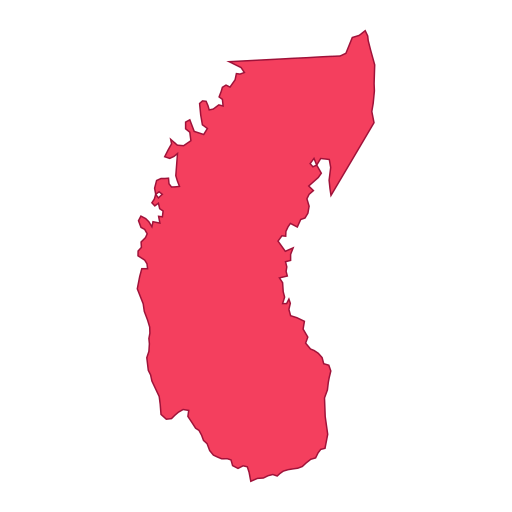 outline of Marmeleiro, Paraná, Brazil
{"feature_id": "56859067B94130308653150", "entity_name": "Marmeleiro", "entity_type": "district", "adm_level": 2, "iso_a3": "BRA", "parent_name": "Brazil", "parent_adm1": "Paraná", "projection": "equal_earth", "projection_center": [-53.099, -26.246], "detail": "fine", "context": "isolated", "style": "filled", "palette": "rose", "viewbox_px": 512, "rotation_deg": 0, "n_neighbors": 0, "source": "geoboundaries", "source_scale": "gbopen_adm2", "svg_char_len": 2920}
<svg xmlns="http://www.w3.org/2000/svg" viewBox="0 0 512 512"><path d="M155.7,194.3L154.3,199.1L151.9,202.8L154.8,205.9L158.4,203.2L159.7,208.7L163.1,211.0L162.4,216.8L158.6,216.3L159.9,223.1L153.0,221.7L151.9,226.8L148.8,221.7L145.7,218.6L140.9,216.1L138.5,220.7L141.0,227.4L144.7,229.4L147.2,233.8L145.5,237.6L141.1,242.0L141.4,247.4L138.1,251.0L138.0,255.8L144.7,260.1L147.0,263.8L147.6,268.7L141.8,268.7L139.7,276.5L137.3,288.8L143.2,303.8L144.3,311.4L147.6,320.1L149.7,327.1L149.9,333.2L148.9,338.5L149.4,343.9L148.9,351.4L146.8,357.7L148.3,370.3L150.6,374.9L151.9,381.0L159.2,396.5L160.2,404.2L161.0,414.4L166.3,419.2L171.5,418.6L174.9,415.2L178.4,412.2L183.1,409.5L188.7,410.4L187.9,416.4L192.2,422.9L195.6,428.2L199.0,430.4L201.6,435.2L203.5,440.4L207.1,443.7L209.7,450.6L213.4,455.1L217.4,457.0L221.7,458.8L227.3,458.7L231.0,459.9L232.6,465.6L238.0,468.4L243.1,465.8L247.3,466.8L249.1,472.3L250.8,481.3L257.4,478.4L263.4,478.0L268.1,475.7L272.8,474.5L277.2,476.0L279.9,473.5L283.3,471.1L288.0,469.7L292.8,468.9L297.8,468.2L302.3,466.5L306.2,462.9L310.7,459.3L315.6,457.9L318.1,452.8L320.7,449.4L325.0,448.3L327.7,434.3L325.2,416.6L324.5,397.9L327.4,390.0L328.3,382.4L329.2,377.6L330.8,371.0L328.8,365.2L323.7,363.7L322.1,357.6L318.3,353.3L314.1,350.5L310.5,349.0L305.6,343.1L307.8,337.1L303.1,329.1L304.4,321.3L296.9,317.7L290.6,315.7L288.9,309.4L290.3,303.3L288.9,299.1L286.6,303.6L282.6,303.6L284.6,297.1L283.2,291.7L282.6,282.7L279.4,277.9L287.3,276.0L286.1,271.4L286.8,266.9L285.5,261.7L290.6,260.4L290.6,254.4L293.1,247.9L285.3,251.3L278.0,241.1L281.9,235.8L285.7,236.2L285.9,231.4L288.1,226.7L290.4,223.4L297.3,227.0L300.7,219.5L305.0,218.0L307.9,213.2L309.1,206.2L306.9,198.8L309.1,194.3L313.4,190.6L308.7,186.0L318.3,177.5L321.3,173.2L316.7,165.1L320.7,158.5L325.5,159.0L329.3,159.5L330.7,167.5L329.1,180.2L330.0,188.7L331.0,195.4L351.5,160.8L374.0,122.7L371.8,111.5L373.2,103.2L374.4,90.9L374.1,83.6L374.4,74.1L374.7,64.9L370.6,50.1L368.2,40.6L367.7,36.0L365.2,30.7L359.2,35.4L352.3,37.5L349.6,44.2L347.5,49.4L345.9,53.3L340.1,56.0L333.6,56.3L330.1,56.4L323.8,56.7L316.7,57.1L307.0,57.7L291.3,58.4L282.8,58.9L255.8,60.3L229.2,61.7L241.1,67.6L244.4,72.5L240.0,74.1L236.4,73.6L235.1,79.8L230.0,87.1L226.0,85.1L222.4,87.3L221.2,91.4L219.1,96.9L222.4,99.4L223.1,106.0L218.8,104.9L213.2,109.1L209.2,109.9L208.0,105.7L206.1,101.3L202.5,100.9L199.6,103.5L200.7,114.9L202.4,124.8L207.4,128.5L203.7,134.5L194.2,131.4L189.8,119.8L185.6,122.1L185.6,128.8L189.8,132.2L190.9,140.7L183.6,145.7L177.4,145.2L170.7,139.4L171.6,143.8L168.2,149.8L164.7,156.7L169.7,158.4L174.0,156.4L177.5,153.5L175.8,175.7L177.3,180.7L179.5,186.4L174.9,186.9L171.5,187.0L169.0,183.8L168.5,178.2L164.6,178.5L161.0,178.5L156.6,180.5L154.6,188.2L155.7,194.3ZM316.7,165.1L312.9,166.8L310.1,163.6L314.0,158.4L316.7,165.1ZM155.7,194.3L159.1,191.8L162.3,194.3L158.4,197.9L155.7,194.3Z" fill="#f43f5e" stroke="#9f1239" stroke-width="1.5"/></svg>